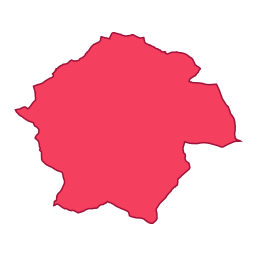 outline of Merghindeal, Sibiu, Romania
{"feature_id": "2599482B74262616140775", "entity_name": "Merghindeal", "entity_type": "district", "adm_level": 2, "iso_a3": "ROU", "parent_name": "Romania", "parent_adm1": "Sibiu", "projection": "robinson", "projection_center": [24.738, 45.982], "detail": "fine", "context": "isolated", "style": "filled", "palette": "rose", "viewbox_px": 256, "rotation_deg": 0, "n_neighbors": 0, "source": "geoboundaries", "source_scale": "gbopen_adm2", "svg_char_len": 5682}
<svg xmlns="http://www.w3.org/2000/svg" viewBox="0 0 256 256"><path d="M78.2,212.9L78.6,212.7L81.1,212.0L83.7,211.0L84.6,210.6L85.7,209.7L88.3,208.8L89.4,208.6L92.3,208.7L93.7,208.3L96.3,208.1L97.1,208.0L97.8,207.4L99.1,205.9L100.2,205.1L101.3,204.7L102.2,204.5L102.9,204.6L103.3,204.5L104.3,203.7L106.3,202.8L106.5,202.5L106.6,201.9L107.3,201.5L108.3,202.1L111.0,202.9L111.9,203.5L113.9,204.4L115.1,205.5L116.8,206.5L120.2,208.0L121.6,208.8L122.5,209.0L126.3,210.6L127.9,211.6L128.3,211.9L128.8,212.9L129.3,214.9L129.4,215.6L129.5,215.8L130.1,216.1L131.1,216.5L134.5,217.4L135.2,217.5L135.9,217.8L136.8,217.8L137.9,217.9L139.5,217.9L140.7,218.0L143.9,218.9L144.4,219.5L146.1,220.8L147.1,221.6L148.8,222.6L150.0,223.1L151.8,223.3L152.8,223.2L153.4,222.8L156.1,220.2L156.7,219.4L157.0,218.6L156.9,214.0L156.7,212.4L156.3,211.0L156.1,209.7L156.2,209.2L156.9,207.9L157.9,206.4L158.4,205.5L160.2,203.0L165.8,197.5L166.0,197.0L167.6,194.6L168.0,194.4L168.3,193.8L170.1,192.0L170.7,191.5L171.7,189.7L173.2,188.2L173.8,187.4L174.5,187.0L175.5,186.8L176.0,185.8L176.4,185.5L177.1,185.3L177.3,185.0L177.7,182.9L177.8,179.7L177.9,178.9L178.7,178.6L179.3,177.9L180.4,177.1L181.5,175.8L184.1,173.5L185.9,172.0L188.1,170.0L188.8,169.5L189.8,167.9L189.7,166.4L189.0,163.4L188.8,163.1L187.3,162.0L186.5,161.6L185.6,160.5L185.5,159.8L185.1,158.5L185.1,157.4L185.4,156.3L185.4,155.3L185.2,154.7L185.0,154.0L183.7,152.9L183.6,152.6L183.3,150.6L183.0,149.3L182.9,148.2L183.6,145.7L184.4,143.2L184.6,141.8L184.9,141.8L185.8,142.2L189.6,143.2L192.3,143.5L197.3,143.6L200.0,143.0L202.7,142.7L204.3,142.7L207.6,143.0L209.3,143.3L216.0,145.1L218.2,145.8L221.3,147.0L222.1,147.0L223.2,146.9L227.5,144.5L233.5,141.9L236.3,141.2L236.9,141.2L237.7,141.3L240.6,141.1L240.0,140.7L238.6,140.3L236.4,139.6L236.1,139.0L235.8,138.7L235.3,138.5L235.1,136.8L234.6,134.8L234.7,133.1L235.1,130.4L235.2,126.1L234.9,124.2L234.8,121.9L233.8,118.4L233.3,117.4L232.0,115.6L231.8,115.1L231.0,114.3L230.6,113.7L229.7,110.7L228.5,107.7L228.3,106.8L228.1,106.6L226.5,105.3L222.3,98.7L219.4,90.5L216.5,84.2L209.5,84.7L207.8,84.6L205.8,84.4L202.5,83.4L200.9,83.2L199.9,83.0L192.3,82.6L190.2,81.7L189.2,81.5L189.3,80.5L189.6,79.6L190.3,78.7L193.1,76.8L193.6,76.3L194.0,76.2L194.2,75.9L194.9,75.9L195.3,75.7L195.7,75.4L195.9,75.1L196.0,74.8L196.5,74.0L198.1,72.4L198.3,71.8L198.7,71.2L198.9,70.5L199.1,70.1L200.0,69.3L200.3,68.9L200.3,68.6L198.7,67.1L196.8,66.1L196.4,65.5L196.2,65.4L195.3,65.1L195.2,64.9L194.4,62.7L194.0,62.1L193.7,61.5L193.4,61.0L192.6,59.2L191.8,58.3L189.6,56.9L186.6,54.6L184.5,53.7L181.8,52.9L178.5,52.5L177.5,52.3L176.7,51.9L175.4,52.2L173.0,52.2L171.9,52.3L170.4,52.8L168.9,53.4L167.9,54.0L167.6,54.0L165.5,53.3L165.3,53.0L165.6,52.3L165.6,52.1L165.0,52.0L164.8,51.6L163.9,52.0L163.3,51.9L162.8,51.7L161.8,51.7L161.5,51.5L161.5,51.4L161.0,50.9L160.0,50.3L160.0,50.0L158.9,49.8L158.4,49.5L158.2,49.1L157.6,48.8L156.6,48.7L155.8,48.4L155.2,48.0L154.8,47.4L154.1,47.2L153.2,46.6L152.3,46.4L151.5,45.9L149.8,45.0L148.5,44.6L146.2,43.6L144.8,42.3L144.4,41.4L144.4,40.9L144.3,40.0L144.1,39.7L143.8,39.0L144.0,38.3L144.0,37.9L143.9,37.7L143.6,37.5L143.2,37.5L140.7,38.0L140.0,38.0L137.9,37.2L134.8,35.7L133.3,34.8L131.9,34.7L129.9,35.6L128.9,35.7L128.7,35.6L128.4,35.6L126.5,36.0L125.5,36.1L124.7,35.8L123.1,35.5L122.1,35.2L121.1,34.5L119.3,34.2L115.9,33.2L115.1,33.1L114.4,32.7L113.9,32.7L112.9,32.8L112.0,33.3L111.3,34.5L110.0,37.3L109.8,37.9L109.6,38.3L109.7,38.7L104.2,37.6L101.4,36.7L101.1,36.8L100.9,37.3L101.0,38.0L100.6,38.8L100.5,40.2L100.0,41.2L99.5,41.7L98.5,42.2L98.0,42.6L96.9,42.9L96.1,43.4L95.2,43.8L94.2,44.4L93.7,44.4L93.4,44.7L92.8,45.5L92.2,45.9L91.3,46.8L89.9,48.8L89.3,50.0L88.7,50.6L88.1,51.4L87.4,51.8L87.0,52.3L87.0,52.8L86.4,53.1L85.7,53.8L85.4,54.4L84.9,55.6L83.7,56.6L82.1,57.8L81.5,58.1L81.0,58.2L79.9,58.8L79.5,59.6L79.3,59.9L78.1,60.5L75.4,61.1L75.0,60.9L74.0,61.0L72.9,60.8L71.6,60.1L71.4,60.1L69.8,61.1L69.0,62.0L68.4,62.4L68.1,62.8L67.1,63.6L66.2,63.9L62.8,64.4L61.8,65.4L60.5,65.7L60.3,66.1L59.4,66.5L59.0,66.9L58.4,67.2L58.3,67.5L57.5,68.5L56.1,68.8L56.0,69.4L56.1,69.9L55.7,69.9L55.4,70.2L55.3,70.4L55.4,70.7L55.3,71.0L54.4,72.2L53.8,72.5L53.6,73.0L52.7,73.6L52.5,74.1L53.3,74.7L53.4,76.1L53.3,76.4L52.4,77.3L50.3,78.1L47.1,79.8L46.4,80.4L45.6,80.8L43.1,82.7L41.7,83.5L40.2,84.1L38.5,84.4L33.5,86.2L34.2,88.9L35.2,92.0L35.2,92.3L35.5,93.0L35.4,93.1L35.1,93.2L35.3,93.9L35.2,94.0L35.5,97.8L35.5,98.5L35.5,99.5L35.4,100.2L35.1,100.6L33.5,102.0L31.9,104.1L30.1,106.7L28.0,108.8L25.4,107.0L24.4,107.0L22.8,107.4L21.9,108.0L20.8,108.4L20.5,108.8L18.9,109.2L17.7,109.3L15.4,109.9L16.5,112.0L17.0,112.5L17.7,113.1L18.7,114.4L20.3,115.7L22.3,116.7L24.0,118.2L28.0,120.8L33.0,122.6L33.5,123.1L33.8,123.7L34.0,124.7L34.8,126.0L35.4,126.4L36.1,126.6L37.0,127.2L37.4,127.6L38.9,129.6L39.0,130.0L38.7,131.4L38.7,132.3L38.7,132.8L38.3,133.6L37.0,134.9L36.6,135.1L36.5,135.4L35.8,136.4L35.3,137.3L35.2,137.9L35.2,138.3L36.0,138.9L38.1,140.8L38.9,142.6L39.4,145.0L39.3,146.2L39.8,147.4L40.2,148.0L40.3,148.5L39.6,149.5L39.7,149.8L40.2,150.8L40.6,151.1L41.3,151.6L41.5,152.9L41.5,155.6L41.7,159.6L42.4,160.9L45.4,163.9L46.8,164.9L47.7,165.3L49.9,166.5L51.5,167.0L54.5,169.0L57.3,170.6L60.5,171.6L61.9,172.1L62.2,172.5L62.5,173.3L62.9,174.7L63.4,177.9L64.4,180.3L64.5,183.1L62.9,186.8L61.3,190.2L60.4,191.4L59.2,192.7L58.3,193.4L57.8,194.1L57.0,195.6L56.7,197.2L56.5,199.9L56.1,200.6L54.8,201.1L54.5,201.4L54.2,202.4L54.2,203.7L53.8,205.5L54.9,205.2L56.0,204.5L57.0,204.1L57.8,204.2L59.3,205.1L60.4,206.0L61.9,207.1L64.1,208.4L64.6,208.8L65.0,208.8L65.6,208.6L66.4,208.6L68.1,209.7L70.7,210.6L71.5,210.6L72.7,210.4L73.5,210.4L78.2,212.9Z" fill="#f43f5e" stroke="#9f1239" stroke-width="1.5"/></svg>